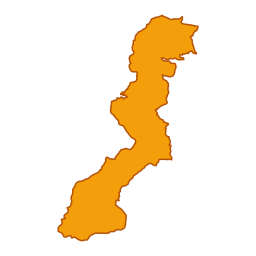 the district of Aserri, San José, Costa Rica
{"feature_id": "36466004B1589353169511", "entity_name": "Aserri", "entity_type": "district", "adm_level": 2, "iso_a3": "CRI", "parent_name": "Costa Rica", "parent_adm1": "San José", "projection": "albers", "projection_center": [-84.129, 9.746], "detail": "fine", "context": "isolated", "style": "filled", "palette": "amber", "viewbox_px": 256, "rotation_deg": 0, "n_neighbors": 0, "source": "geoboundaries", "source_scale": "gbopen_adm2", "svg_char_len": 5795}
<svg xmlns="http://www.w3.org/2000/svg" viewBox="0 0 256 256"><path d="M162.3,15.4L158.5,16.9L154.8,17.6L154.3,18.2L153.2,18.3L151.4,19.2L150.9,20.7L148.8,24.0L148.3,24.5L147.6,24.2L146.6,24.9L146.6,26.5L145.4,28.2L144.5,28.8L142.9,29.4L142.2,30.3L141.7,30.7L138.8,31.9L135.8,35.3L135.1,37.3L135.1,39.6L134.9,40.3L133.4,40.4L133.2,43.8L132.1,47.6L132.7,50.5L133.4,51.2L133.7,51.7L133.7,53.4L132.7,54.5L130.4,55.7L129.8,56.4L129.8,57.4L129.2,58.1L129.6,59.8L129.7,61.3L131.0,63.6L129.8,64.2L129.5,64.6L129.2,65.5L129.2,66.5L129.3,67.1L129.9,68.8L130.6,70.2L131.6,71.4L132.9,71.8L135.7,71.8L136.4,71.8L136.6,72.1L137.2,73.8L137.2,74.5L136.6,75.7L136.9,77.4L136.8,79.5L135.6,81.5L131.7,82.4L130.6,83.0L130.3,82.8L129.7,84.9L128.2,87.0L128.1,88.1L127.6,89.1L127.2,88.8L126.8,89.4L125.8,90.0L124.4,92.2L122.5,92.1L122.9,92.8L121.1,93.4L120.7,93.7L120.6,94.2L120.8,94.5L122.0,94.3L122.8,95.2L123.3,95.5L123.6,95.4L123.9,94.3L124.2,94.3L125.0,95.2L126.0,95.7L126.0,96.2L127.0,96.5L127.1,97.2L126.0,97.3L125.3,97.8L124.8,97.9L123.6,98.9L123.0,98.5L122.5,97.5L121.4,97.1L120.8,97.2L120.3,98.1L119.8,98.5L119.4,98.5L119.0,98.1L117.1,97.9L116.9,99.2L115.9,100.2L115.5,100.4L114.1,100.4L112.7,101.3L111.9,101.3L111.4,101.9L111.6,103.6L111.3,105.2L110.9,106.0L110.9,108.7L110.6,109.6L110.7,112.0L112.2,114.1L113.6,114.9L114.5,116.5L115.2,117.0L116.1,118.5L117.5,119.7L118.2,120.6L118.7,121.8L118.9,123.8L119.4,124.5L123.1,125.8L124.4,127.5L125.9,130.3L130.7,136.7L131.2,137.2L134.9,139.4L135.5,140.4L135.7,141.3L135.4,142.7L132.9,147.1L132.3,147.8L130.9,148.9L130.5,149.5L128.6,149.4L126.5,148.6L125.8,148.5L123.8,149.0L123.0,149.5L121.7,149.5L121.1,149.9L119.8,151.5L118.8,153.2L117.1,155.0L115.7,156.9L115.1,158.1L115.0,159.2L109.6,158.8L107.6,157.3L106.3,157.4L105.6,159.2L105.8,161.6L104.3,163.2L103.9,164.7L103.4,165.3L102.5,166.0L101.9,166.7L101.6,167.6L101.7,169.3L101.4,169.6L100.4,169.6L100.1,169.8L98.6,172.1L97.5,172.9L94.7,173.9L90.7,176.3L89.2,177.8L88.1,178.5L87.1,178.9L85.6,179.2L82.0,181.2L79.6,181.2L77.2,182.3L75.9,183.4L74.6,186.9L74.3,187.1L72.7,189.7L72.7,193.5L71.4,196.6L71.1,198.2L71.1,198.8L71.5,199.8L71.7,200.9L71.7,202.4L71.5,202.6L70.5,205.8L69.7,206.9L67.3,207.7L67.4,208.5L68.0,209.6L68.3,211.2L67.9,212.2L64.4,215.2L64.1,216.0L64.1,216.9L65.0,217.6L65.3,218.6L64.1,218.9L62.9,218.9L61.4,219.5L62.2,222.4L62.2,223.0L61.6,224.3L61.0,225.0L59.9,225.6L59.0,226.5L58.3,227.8L58.1,228.6L58.2,231.3L62.0,233.2L63.2,235.1L63.8,236.6L64.4,236.9L66.4,237.0L68.1,235.9L70.7,235.7L71.6,237.8L72.8,237.7L73.7,237.2L74.5,237.2L75.6,237.6L78.1,239.4L81.0,240.6L83.3,240.6L83.9,240.2L84.7,240.0L87.0,240.0L87.8,239.2L89.0,237.2L89.3,237.1L89.4,236.5L90.5,235.6L94.0,233.7L95.1,233.3L96.0,233.3L96.2,233.2L108.1,233.2L109.1,232.7L109.2,232.4L110.7,231.7L111.5,231.5L113.1,231.7L114.2,231.3L115.4,230.6L116.1,229.8L116.6,229.6L121.0,229.9L123.9,228.4L124.8,227.2L125.5,224.5L125.5,222.1L126.0,220.1L126.0,218.0L126.1,217.8L126.1,215.1L122.4,210.4L120.3,208.4L119.8,208.1L119.3,208.0L117.6,206.6L117.1,205.9L115.8,205.2L115.5,204.4L115.8,203.1L115.8,201.3L116.1,200.7L116.4,200.4L119.0,200.6L119.0,200.0L118.3,199.2L118.2,198.2L119.0,197.6L119.4,196.6L119.4,195.6L119.1,194.5L119.1,192.9L119.4,192.3L120.2,191.7L120.3,189.1L121.1,188.1L121.6,187.1L122.5,186.3L124.0,186.1L125.8,185.5L126.7,184.8L127.8,184.4L128.4,183.6L128.5,182.1L130.7,179.4L131.6,178.7L132.0,178.6L133.1,177.3L133.1,176.6L133.4,176.0L137.9,172.8L138.7,171.8L141.0,170.7L142.0,169.3L144.4,167.8L145.6,165.7L147.3,164.9L149.0,163.4L151.5,163.7L153.5,165.1L155.9,165.6L156.4,165.1L156.9,163.2L158.4,162.0L158.7,161.1L158.7,159.9L159.0,159.7L160.1,159.3L162.5,159.4L162.9,159.2L167.2,159.5L170.9,159.3L171.5,159.7L171.9,157.9L171.6,157.2L170.6,156.0L170.0,154.2L170.1,153.1L170.8,151.8L170.2,147.9L170.9,146.4L171.0,145.6L170.4,145.1L170.0,145.1L169.3,145.3L169.1,145.0L170.1,143.1L170.2,141.1L169.9,140.1L168.9,138.3L169.0,136.9L168.6,136.7L168.0,136.7L166.6,135.8L165.8,134.8L165.5,134.1L165.5,132.8L165.9,130.9L165.9,130.4L165.5,129.9L165.7,129.1L166.0,128.9L166.1,128.6L165.3,128.0L165.7,127.0L166.7,126.2L167.2,124.8L168.0,124.9L168.4,124.3L167.8,123.2L166.4,123.0L165.4,122.4L163.9,122.2L163.6,121.0L162.8,120.0L159.9,118.6L158.2,115.7L157.4,115.4L156.8,114.9L156.7,114.4L157.4,113.9L157.4,113.4L156.4,111.9L155.5,109.9L155.5,109.5L157.1,109.5L158.4,107.8L159.6,107.2L160.9,106.0L163.5,105.0L164.5,104.3L165.0,104.3L166.6,103.6L167.2,102.8L167.1,101.8L166.4,100.6L166.4,97.8L167.2,96.1L167.5,94.6L168.6,93.1L168.6,92.0L168.0,89.8L168.0,87.1L168.5,86.3L168.3,85.3L168.3,83.4L167.7,82.8L166.8,81.3L166.2,80.7L163.4,79.3L162.5,76.2L162.5,75.0L164.0,75.8L167.0,75.9L167.7,76.4L169.1,76.7L170.6,76.7L172.7,76.0L173.8,74.8L174.4,73.3L175.2,69.0L175.9,67.8L176.0,66.3L175.6,65.3L175.5,64.1L175.1,63.7L174.0,63.4L172.2,63.4L170.8,63.1L170.5,62.9L169.7,61.5L169.1,61.2L167.6,61.2L163.6,60.7L162.3,60.0L161.4,58.2L163.8,58.1L164.4,58.6L167.3,59.5L168.4,59.5L169.0,59.2L169.7,58.6L170.9,58.5L171.8,58.8L173.5,58.8L173.9,58.4L174.7,58.1L176.3,58.8L177.0,59.3L178.2,59.7L180.9,59.8L182.3,59.4L183.7,59.5L183.8,58.7L183.2,57.8L180.9,57.5L179.9,57.0L179.6,55.8L180.3,54.7L182.3,55.0L182.7,54.0L184.3,54.1L185.6,53.4L188.5,53.4L188.5,52.6L189.3,51.9L191.5,51.0L193.3,53.0L194.2,53.5L196.3,53.7L196.4,52.9L195.2,51.8L194.8,51.1L192.2,42.4L192.2,40.1L190.8,37.9L190.4,36.6L190.8,36.3L192.0,36.2L193.2,34.8L193.4,33.5L193.8,32.5L194.5,31.8L195.0,31.6L195.4,30.7L196.6,30.6L197.7,28.2L197.9,26.3L195.6,26.1L194.3,25.7L191.6,25.1L188.4,24.7L187.5,24.4L184.6,24.2L183.0,23.8L181.5,23.0L181.2,22.8L181.2,21.1L182.2,20.1L182.4,19.6L182.4,17.5L182.2,16.8L181.7,17.0L181.2,17.7L180.2,18.4L178.8,18.9L173.1,19.0L172.1,19.5L171.7,19.6L169.8,19.3L167.7,17.9L165.4,17.2L162.4,15.8L162.3,15.4Z" fill="#f59e0b" stroke="#b45309" stroke-width="1.5"/></svg>